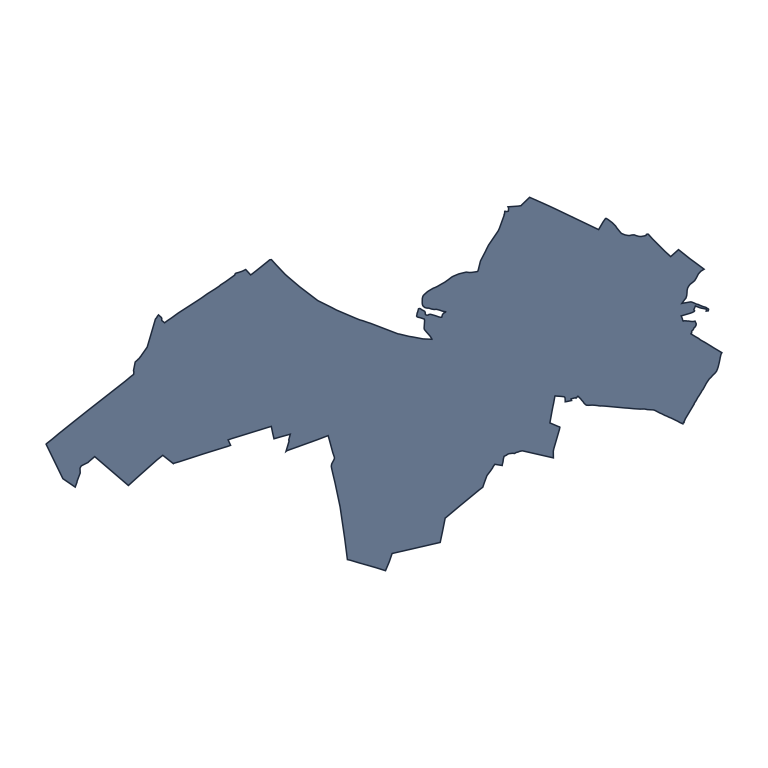 Ortisoara, Timis, Romania
{"feature_id": "2599482B24150767318125", "entity_name": "Ortisoara", "entity_type": "district", "adm_level": 2, "iso_a3": "ROU", "parent_name": "Romania", "parent_adm1": "Timis", "projection": "natural_earth1", "projection_center": [21.264, 45.956], "detail": "fine", "context": "isolated", "style": "filled", "palette": "slate", "viewbox_px": 768, "rotation_deg": 0, "n_neighbors": 0, "source": "geoboundaries", "source_scale": "gbopen_adm2", "svg_char_len": 6089}
<svg xmlns="http://www.w3.org/2000/svg" viewBox="0 0 768 768"><path d="M440.2,542.4L442.5,531.6L445.2,518.0L445.6,517.8L459.8,505.9L479.1,490.0L482.8,487.2L484.1,483.3L486.9,475.7L487.3,475.1L490.8,470.5L491.4,469.6L492.1,468.6L492.7,467.7L493.1,466.7L494.8,464.3L502.2,465.5L502.4,464.1L503.0,461.9L503.4,458.8L504.1,456.3L506.6,455.1L507.1,454.6L508.4,453.9L509.1,453.7L510.7,453.5L512.3,453.3L513.0,453.3L514.6,453.5L515.9,452.6L516.5,452.4L518.2,452.0L519.5,451.4L522.3,450.8L553.4,457.9L553.3,451.2L553.8,448.8L558.7,432.0L559.4,429.6L559.9,427.2L559.5,426.9L558.3,426.5L549.9,422.9L552.1,410.7L553.1,405.5L553.5,403.9L554.9,396.1L555.1,395.9L556.9,396.1L561.1,396.4L563.7,396.7L564.4,396.9L564.9,397.5L565.1,398.5L565.2,400.6L565.2,401.8L566.6,401.6L571.6,400.5L571.0,399.2L571.0,398.9L575.5,397.7L576.0,398.2L577.9,396.2L578.1,396.3L581.0,399.2L581.5,400.0L583.0,401.6L584.2,403.4L585.8,404.8L586.4,405.2L586.6,405.2L588.7,405.3L592.2,405.1L595.1,405.3L597.8,405.6L598.6,405.8L600.5,406.0L601.5,405.9L604.9,406.1L625.4,408.0L627.6,408.1L633.6,408.7L640.1,409.1L644.3,409.0L645.5,409.2L647.3,409.6L653.3,409.9L654.7,410.3L660.2,413.2L661.6,413.7L665.0,415.5L666.5,416.0L669.3,417.4L670.8,417.9L676.7,420.8L677.3,421.0L679.6,422.4L682.9,423.9L683.1,423.2L683.4,422.9L684.0,422.6L683.8,422.3L683.7,422.1L684.3,421.3L685.4,418.7L694.2,404.0L694.2,403.5L695.0,402.2L695.6,401.4L696.3,400.3L696.5,399.8L696.7,399.5L697.8,397.4L698.7,396.2L701.2,392.2L702.2,390.3L702.8,389.7L703.2,389.1L705.2,385.4L705.5,384.9L705.9,384.0L707.1,382.1L709.2,379.0L711.3,377.0L712.0,376.1L712.9,375.2L713.0,375.0L714.8,373.4L716.5,371.3L717.6,368.7L717.7,368.2L718.1,367.2L719.2,362.8L720.1,358.4L720.1,357.9L720.3,357.3L721.0,354.3L721.9,352.7L714.2,348.1L705.8,342.9L700.4,339.9L698.6,338.4L695.9,336.9L692.1,334.6L691.0,333.9L691.0,333.5L691.3,333.4L691.5,333.2L691.7,332.7L691.7,332.2L691.6,331.5L691.7,331.2L691.9,330.9L692.7,330.3L693.0,329.8L693.5,329.1L693.9,328.1L694.1,327.8L694.9,327.2L695.6,326.1L695.8,325.8L695.8,325.4L696.1,325.1L696.2,324.5L696.1,324.2L696.2,323.7L695.0,321.1L694.0,321.4L692.2,321.5L690.1,321.3L688.4,321.0L687.2,321.1L686.7,320.9L684.5,320.8L684.0,320.8L683.2,321.1L683.0,320.8L682.7,320.2L682.3,318.6L681.2,315.9L690.4,313.2L692.5,312.4L694.1,311.5L694.4,311.2L694.6,310.7L693.8,309.7L695.3,306.3L695.4,306.0L699.7,307.7L701.5,308.2L706.4,309.1L706.5,309.4L706.2,311.1L708.3,310.8L708.4,309.9L708.5,309.8L708.6,309.6L708.5,309.1L707.9,308.6L706.6,308.1L706.5,307.7L705.7,307.3L702.9,306.5L699.5,305.1L698.4,304.5L696.5,304.1L695.8,303.8L694.4,303.1L693.4,302.7L691.6,302.0L690.5,301.9L681.9,303.4L684.5,299.8L685.9,298.2L686.7,295.7L687.0,292.9L687.1,290.4L687.7,287.9L689.0,285.7L690.1,284.3L692.6,282.4L694.7,280.6L696.3,278.0L698.4,273.9L700.9,271.2L704.1,269.2L696.2,263.3L689.9,258.7L678.5,249.6L670.7,256.6L665.1,251.5L652.6,239.0L648.3,234.2L647.2,234.1L646.4,234.4L646.0,235.4L644.4,235.9L641.1,236.5L638.9,236.4L636.1,235.6L634.4,234.9L632.8,234.9L631.1,235.1L630.1,235.5L629.3,235.5L628.2,235.5L625.0,234.9L621.4,233.4L619.9,231.7L616.8,227.9L615.6,226.0L613.9,224.3L612.3,222.7L608.2,219.6L606.2,218.4L605.5,218.5L603.1,221.9L598.6,229.6L554.7,208.6L548.9,205.9L529.6,197.3L521.7,204.9L521.2,205.6L518.3,206.1L508.0,206.8L508.4,207.6L508.6,208.4L508.4,210.8L508.3,211.2L506.7,211.6L504.9,211.2L504.7,211.4L504.7,212.1L504.6,213.3L504.1,214.7L504.3,214.8L499.4,228.3L498.2,230.9L488.6,245.0L486.2,249.7L485.8,250.7L480.6,260.7L480.1,262.3L480.0,262.9L478.0,270.9L477.2,271.6L471.8,272.4L469.4,272.5L466.2,272.1L463.7,272.7L458.8,273.9L453.3,276.2L451.8,277.0L448.4,279.6L444.6,282.3L441.7,283.9L437.4,286.4L435.1,287.5L433.2,288.2L428.3,291.1L427.3,291.8L424.5,294.3L423.3,295.5L422.7,296.8L422.3,298.5L422.2,302.4L422.3,304.1L422.8,305.7L424.1,307.0L425.0,307.6L427.0,308.1L428.6,308.1L430.0,308.5L431.3,309.0L434.1,309.5L436.3,309.3L438.0,309.7L439.9,310.2L441.9,311.0L443.6,311.4L445.6,311.7L445.5,312.2L443.7,313.1L442.5,314.5L441.7,317.2L440.6,317.3L438.8,316.9L435.5,315.7L430.6,314.3L429.1,314.4L428.4,314.9L427.6,315.2L426.3,315.1L425.5,314.5L425.3,314.1L425.3,312.9L424.8,311.4L423.5,310.6L422.2,310.0L421.2,309.3L420.2,308.6L419.3,308.5L418.5,308.8L417.7,311.9L417.1,313.2L417.0,314.4L416.7,315.5L416.6,316.1L417.2,316.9L418.3,317.3L420.2,317.7L424.3,319.1L424.6,320.5L424.1,328.2L424.4,329.5L426.1,331.6L429.2,335.1L430.3,336.4L431.8,338.8L431.9,339.3L423.0,338.9L413.0,337.0L409.1,336.4L399.2,334.0L398.1,333.9L370.5,323.3L367.9,322.5L362.8,320.7L359.8,319.9L355.4,318.1L336.4,310.0L332.1,307.7L317.8,300.6L299.7,286.8L287.8,276.7L285.1,274.3L276.2,264.9L271.4,259.6L269.7,259.8L267.7,261.5L255.6,271.2L252.0,274.0L250.6,274.9L245.7,269.5L242.3,271.2L238.4,272.5L236.4,273.0L235.5,273.4L235.1,273.9L234.7,275.1L225.7,281.6L220.6,284.9L219.3,286.1L215.0,289.0L207.3,293.8L201.6,297.9L197.5,300.6L178.1,313.1L171.4,318.0L167.5,320.6L164.6,322.8L161.8,320.5L161.7,320.1L161.7,319.8L161.8,319.0L161.8,318.5L161.4,317.5L158.5,314.9L157.3,316.4L157.1,316.7L157.0,317.1L156.6,317.7L155.4,319.1L150.5,335.9L147.2,347.1L141.5,355.2L140.9,356.2L140.2,356.9L140.1,357.2L138.6,359.0L137.9,359.4L137.8,359.7L135.2,362.0L133.5,370.6L133.7,371.5L133.9,371.9L133.6,374.4L130.1,377.1L127.9,379.0L124.6,381.7L87.8,410.5L74.2,421.3L58.8,433.6L52.4,439.0L46.3,443.8L46.1,444.2L62.9,478.7L75.2,487.1L76.6,483.3L77.0,482.3L77.1,481.2L80.2,473.0L80.0,468.3L80.7,466.8L81.4,465.8L86.1,463.4L88.0,462.5L89.1,461.4L94.7,456.6L128.4,485.5L136.3,478.3L153.4,463.1L157.0,459.9L162.8,455.3L173.4,463.7L173.8,463.3L179.1,461.8L203.4,453.9L228.8,446.0L230.6,445.3L228.1,439.9L231.4,438.7L243.1,435.1L267.9,427.4L271.3,426.4L272.8,433.7L274.0,438.8L281.2,436.7L290.3,434.2L288.7,440.0L289.1,441.0L286.0,451.4L286.9,450.7L317.7,439.6L328.1,435.6L329.3,439.7L332.8,452.7L334.3,457.0L334.4,457.5L334.4,458.3L334.2,459.2L331.8,463.7L331.6,464.4L331.4,465.3L331.3,466.5L331.7,468.6L332.9,473.9L335.0,482.7L340.1,506.9L344.7,538.4L347.4,559.6L350.2,560.2L359.1,562.9L376.0,567.7L385.5,570.7L389.3,561.7L392.1,553.5L440.2,542.4Z" fill="#64748b" stroke="#1e293b" stroke-width="1.5"/></svg>